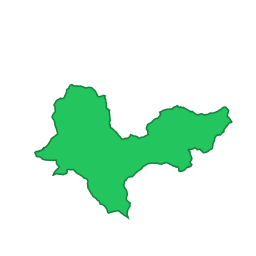 the district of Soars, Brasov, Romania, rotated 320°
{"feature_id": "2599482B91433011273091", "entity_name": "Soars", "entity_type": "district", "adm_level": 2, "iso_a3": "ROU", "parent_name": "Romania", "parent_adm1": "Brasov", "projection": "robinson", "projection_center": [24.929, 45.96], "detail": "fine", "context": "isolated", "style": "filled", "palette": "green", "viewbox_px": 256, "rotation_deg": 320, "n_neighbors": 0, "source": "geoboundaries", "source_scale": "gbopen_adm2", "svg_char_len": 5855}
<svg xmlns="http://www.w3.org/2000/svg" viewBox="0 0 256 256"><g transform="rotate(320 128 128)"><path d="M194.3,192.7L196.9,192.3L198.3,192.4L198.6,192.6L199.0,191.8L199.5,191.9L199.8,191.5L201.1,190.8L208.8,189.2L209.0,189.2L209.8,189.8L210.9,190.2L211.2,190.2L211.5,190.0L211.4,189.0L211.7,188.1L211.8,185.5L212.0,185.0L211.9,184.1L211.6,183.6L211.4,182.9L216.4,179.1L216.4,175.3L215.3,173.8L213.0,173.3L210.7,173.5L209.3,173.0L207.4,172.9L203.1,171.5L200.8,169.6L200.1,169.2L198.2,169.1L194.9,166.9L194.3,166.2L194.2,165.7L193.7,164.4L191.4,163.3L190.1,163.0L188.9,161.3L187.8,156.6L187.6,156.7L186.7,155.8L186.0,155.5L186.0,155.3L186.3,155.2L186.3,154.9L183.9,148.7L183.7,147.9L183.1,147.9L183.3,147.8L183.2,147.4L183.1,147.8L182.8,147.5L182.7,147.0L182.1,146.6L182.2,146.4L181.4,145.8L181.5,145.6L180.9,145.6L180.9,145.3L180.5,145.2L180.4,144.8L180.2,144.7L180.1,144.2L180.1,143.3L180.4,143.1L180.1,142.4L179.0,142.6L178.5,142.3L178.2,142.4L177.0,141.6L175.4,141.5L175.0,141.9L174.6,141.9L174.2,142.1L173.9,141.6L173.5,141.5L172.8,140.9L172.5,140.9L172.4,140.5L171.6,140.0L171.1,139.5L170.5,139.3L170.4,139.1L169.6,138.5L167.7,137.9L166.4,137.0L165.3,137.2L162.4,136.2L162.2,136.8L162.4,137.4L162.3,137.9L161.5,138.0L161.3,138.4L161.3,138.7L161.1,138.6L160.4,139.1L159.6,139.5L158.7,139.2L157.1,139.7L156.5,139.7L155.8,138.7L153.0,138.3L151.2,138.7L149.1,138.7L147.9,138.6L146.4,137.9L144.7,138.3L143.1,139.1L141.7,140.2L141.3,141.3L141.4,142.0L141.1,143.0L140.5,144.0L140.2,144.2L139.5,146.0L134.2,144.9L132.2,143.7L129.8,143.2L129.7,142.0L129.3,140.3L128.3,138.8L127.2,137.8L125.9,134.8L123.5,135.8L121.6,135.7L121.2,135.4L120.8,135.6L119.3,134.1L117.3,133.7L116.9,133.5L116.5,132.9L116.0,131.8L116.3,130.2L116.3,128.7L116.0,128.0L115.9,127.0L116.3,125.9L116.1,125.1L116.5,124.2L116.5,123.9L116.0,122.7L115.6,117.8L115.0,117.1L115.1,116.8L114.9,116.6L115.1,116.2L114.9,116.1L115.3,115.6L115.4,115.1L116.3,114.6L116.4,113.9L116.2,113.5L116.3,113.2L116.9,112.8L117.9,111.0L119.1,111.0L124.5,102.9L125.3,102.5L124.9,102.0L125.1,101.7L124.8,101.3L124.9,100.8L124.3,100.3L124.4,100.0L124.3,99.7L124.6,99.5L124.6,98.0L127.1,95.6L128.0,93.4L129.1,92.0L129.2,91.4L129.5,90.8L129.3,90.5L129.5,90.3L129.5,89.7L131.2,88.9L130.7,87.9L129.8,87.0L128.8,86.8L127.2,86.2L126.4,85.8L125.6,85.0L125.2,83.6L125.5,83.3L126.3,80.8L126.5,78.5L126.7,78.1L126.3,75.7L126.3,74.8L125.9,73.6L124.9,72.4L123.7,71.4L122.0,70.6L121.1,69.8L119.5,66.7L118.6,65.4L116.5,63.8L116.0,62.8L115.1,62.4L113.5,60.9L113.2,60.1L113.3,59.4L113.0,58.8L112.7,58.5L111.3,58.1L109.5,58.6L108.2,59.5L105.8,59.3L105.1,59.7L104.1,60.8L101.9,62.1L101.7,62.3L100.1,62.8L98.3,63.9L97.9,63.6L96.3,63.2L95.5,61.8L93.5,61.6L92.2,61.1L91.5,61.1L90.0,61.3L87.8,62.2L86.2,62.6L86.0,62.8L85.6,65.2L84.2,66.7L83.2,68.4L82.6,68.8L81.7,68.8L78.3,69.8L76.9,70.7L76.5,71.9L76.3,74.4L75.8,75.9L73.7,79.5L72.6,82.7L70.3,87.4L62.5,86.9L60.4,87.9L60.0,88.3L58.9,88.3L57.9,88.8L56.9,89.1L56.6,89.1L55.9,89.4L54.3,89.4L53.3,89.8L53.0,89.6L51.2,89.5L50.9,89.2L50.8,88.8L48.9,89.4L49.6,89.8L49.4,90.2L48.5,89.7L46.5,89.1L46.5,88.8L46.4,88.7L46.0,88.7L45.6,88.9L45.3,88.4L44.7,88.6L44.4,88.4L44.3,88.1L43.8,88.0L42.8,87.1L42.4,87.0L42.0,87.1L41.8,86.9L40.8,87.0L40.6,87.6L40.7,88.2L40.3,88.9L40.1,89.9L39.6,90.8L40.0,91.5L41.1,92.5L42.1,93.9L42.5,95.3L42.5,97.0L43.2,97.8L43.5,98.6L45.3,100.5L48.0,103.0L48.9,103.6L49.6,104.4L50.0,105.0L52.4,106.3L52.5,106.5L51.3,107.8L50.3,109.5L50.3,113.6L48.6,114.0L47.5,114.0L43.3,114.5L40.7,115.8L39.6,115.9L43.3,116.7L44.0,117.2L44.9,118.5L47.8,121.2L48.2,122.1L51.6,123.2L52.3,123.1L53.5,122.3L54.2,120.9L55.0,120.9L55.6,121.3L56.5,122.2L57.2,123.3L58.6,124.1L59.6,124.9L59.5,126.1L59.9,130.1L61.0,132.7L62.0,135.7L62.0,137.3L62.2,138.3L63.7,140.3L63.3,142.7L62.9,143.3L61.2,144.5L60.4,146.1L60.2,146.1L60.2,146.3L58.8,148.1L58.5,150.6L57.7,154.3L57.6,154.9L58.2,155.6L57.3,157.0L57.3,158.3L58.2,161.1L58.2,163.9L58.9,165.4L58.4,166.9L58.4,167.2L57.7,168.4L59.3,170.2L59.8,171.9L59.9,173.5L59.6,177.0L58.2,179.6L58.5,180.8L60.7,181.5L66.8,184.6L67.5,185.7L67.8,186.7L68.2,189.0L68.6,190.0L69.0,192.3L69.8,194.3L70.4,196.9L72.0,193.3L73.1,192.1L75.4,190.5L79.5,189.0L80.2,187.9L81.0,187.1L81.5,186.9L81.4,186.7L81.1,186.6L80.9,186.1L81.0,184.8L80.6,182.9L80.8,182.0L82.0,180.4L85.0,178.3L85.7,176.8L86.2,176.2L86.2,175.8L86.8,174.7L87.1,171.0L87.9,169.3L87.8,168.9L88.1,168.6L88.8,168.6L89.6,168.2L90.1,167.8L90.2,167.4L90.8,166.7L91.5,166.5L92.8,166.8L95.6,165.8L97.7,166.4L98.6,166.8L99.9,168.1L102.8,167.7L103.5,167.4L104.5,167.6L106.6,167.4L112.5,167.9L113.2,167.4L116.0,167.4L116.8,167.8L117.5,167.7L119.6,167.9L123.4,169.9L126.7,172.9L127.6,173.4L128.0,173.8L128.3,174.8L130.6,177.5L131.9,177.6L135.5,179.5L135.9,180.1L136.0,180.6L136.5,181.6L136.5,182.1L137.6,184.3L138.2,186.2L139.6,188.0L139.6,188.9L139.8,189.1L140.2,189.1L141.0,189.7L141.1,189.9L141.0,191.1L140.8,192.1L139.4,193.3L139.6,194.4L141.3,195.6L143.0,196.3L144.6,196.5L145.2,196.3L147.3,196.2L148.4,196.3L150.5,197.2L150.1,197.3L151.4,197.8L152.6,197.4L153.0,197.1L153.4,197.0L153.3,196.7L153.0,196.6L153.3,196.1L153.1,195.2L153.6,194.7L153.9,193.6L154.4,193.7L155.8,193.4L156.3,192.9L157.1,192.8L157.4,192.5L157.5,192.0L158.0,190.9L158.4,189.2L159.4,187.0L159.4,186.8L160.1,186.3L160.2,186.0L159.9,185.7L160.3,185.2L159.8,184.6L160.0,184.4L160.5,184.6L160.6,184.2L160.2,183.4L160.4,183.1L160.8,183.2L161.4,183.7L161.8,184.3L163.1,185.1L163.5,185.2L164.3,185.8L164.9,186.0L166.3,185.9L167.1,188.1L167.0,189.2L168.8,190.1L169.8,190.9L169.4,191.2L169.3,191.6L169.6,193.0L170.0,193.5L169.7,194.6L170.0,195.6L171.9,196.7L173.3,197.1L174.7,197.4L177.0,197.3L178.9,197.9L179.4,197.7L181.5,196.2L183.1,194.5L184.4,194.0L185.1,193.5L185.8,193.6L187.6,191.9L187.8,191.7L189.9,190.8L191.8,190.8L192.7,191.7L193.4,191.8L193.6,192.1L194.1,192.3L194.3,192.7Z" fill="#22c55e" stroke="#15803d" stroke-width="1.5"/></g></svg>